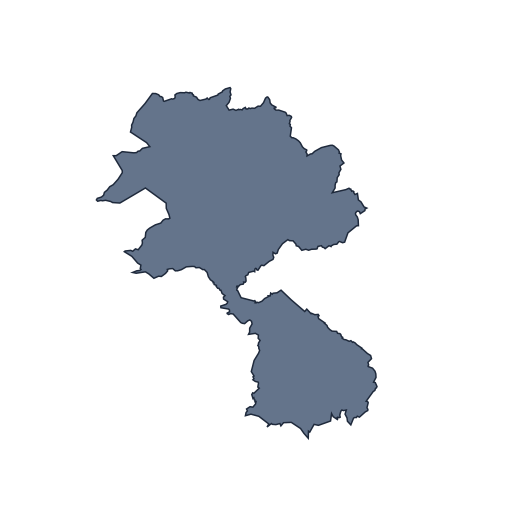 the district of Huejúcar, Jalisco, Mexico, rotated 33°
{"feature_id": "50627088B78900582914746", "entity_name": "Huejúcar", "entity_type": "district", "adm_level": 2, "iso_a3": "MEX", "parent_name": "Mexico", "parent_adm1": "Jalisco", "projection": "albers", "projection_center": [-103.223, 22.31], "detail": "fine", "context": "isolated", "style": "filled", "palette": "slate", "viewbox_px": 512, "rotation_deg": 33, "n_neighbors": 0, "source": "geoboundaries", "source_scale": "gbopen_adm2", "svg_char_len": 6133}
<svg xmlns="http://www.w3.org/2000/svg" viewBox="0 0 512 512"><g transform="rotate(33 256 256)"><path d="M182.5,330.3L185.3,326.0L187.8,324.7L189.6,319.9L190.0,316.6L188.9,315.6L190.4,313.9L193.0,311.9L196.4,312.4L198.4,311.0L200.8,308.2L203.5,303.0L208.4,299.3L210.2,298.3L212.0,298.6L214.8,296.5L218.8,296.4L220.1,295.5L224.0,296.4L227.3,299.3L230.7,300.8L233.9,300.9L234.5,301.7L235.1,301.2L236.4,302.7L238.8,302.2L239.1,303.1L241.4,303.9L242.6,303.3L244.5,304.3L245.2,303.8L248.0,305.9L251.6,306.1L251.1,308.3L252.3,309.8L257.1,309.7L257.6,311.1L257.2,312.8L253.7,317.2L254.7,318.5L262.0,315.4L263.1,315.7L264.2,317.2L262.9,319.6L263.2,320.0L264.9,320.0L266.2,318.1L268.5,317.1L279.4,320.1L281.1,319.9L283.3,318.9L284.4,314.9L285.6,313.0L287.8,313.2L289.7,315.1L290.0,320.0L292.1,323.3L292.4,325.8L297.6,321.2L301.1,321.0L302.6,323.8L305.4,324.6L305.5,327.8L306.2,328.6L306.2,330.0L307.8,330.6L308.6,331.9L310.5,333.2L311.1,336.2L311.3,344.6L315.0,355.5L319.7,357.7L319.3,359.0L321.1,360.0L320.8,361.5L323.7,361.6L326.5,360.6L327.3,361.2L328.9,364.9L330.7,365.1L329.0,372.3L327.8,372.5L327.9,374.5L331.1,377.2L331.4,376.1L333.0,377.6L333.6,377.4L334.5,378.8L335.3,378.1L336.2,380.4L335.7,384.5L333.1,385.6L331.4,389.5L333.2,390.6L332.9,392.6L334.1,395.7L337.9,391.4L345.7,388.9L358.2,389.9L358.4,393.4L360.2,388.1L361.3,388.3L364.5,386.6L367.3,383.5L369.4,384.9L369.9,380.8L376.2,376.3L387.3,376.4L393.0,378.7L399.1,380.4L395.4,374.3L397.0,374.4L396.4,365.6L400.6,364.0L408.4,353.8L405.2,347.0L408.2,348.7L413.3,348.8L413.2,348.1L412.0,347.7L412.1,346.9L414.1,346.0L414.4,345.3L412.9,343.8L411.7,340.0L411.9,338.4L413.6,338.0L415.6,336.0L416.8,340.1L420.5,342.2L422.7,344.8L427.5,346.0L426.1,338.8L426.8,337.6L428.1,336.9L428.2,335.2L430.5,334.8L432.6,327.1L433.9,324.8L433.4,323.7L431.7,322.8L430.0,317.9L428.9,317.3L427.5,317.8L428.1,305.9L428.9,304.0L428.3,301.9L428.8,301.1L428.6,299.6L425.0,297.2L423.3,297.8L422.8,292.5L420.7,289.6L418.5,287.8L414.8,286.6L410.4,287.6L409.9,287.3L409.8,286.0L407.8,284.2L408.8,279.2L406.3,277.0L402.5,277.1L395.7,276.0L395.0,276.3L394.9,275.6L389.0,275.5L386.4,274.9L384.3,275.1L384.0,275.8L381.7,275.3L380.6,276.8L377.0,277.3L375.3,278.1L373.0,278.0L373.0,277.0L371.5,277.0L369.8,275.6L368.6,275.4L366.5,276.4L364.7,275.3L360.7,277.6L357.9,277.5L354.9,276.8L353.4,275.6L350.0,275.1L350.2,274.6L342.6,274.4L340.8,272.8L341.4,271.8L340.0,271.1L337.3,273.2L333.7,273.8L333.6,274.4L327.5,272.9L327.1,276.0L309.4,273.6L295.6,271.0L293.7,275.4L290.6,277.9L290.4,279.2L288.5,279.1L289.6,281.7L287.9,282.7L288.6,283.1L286.4,287.0L285.6,290.7L283.6,293.7L282.1,294.2L281.6,295.3L280.7,295.7L280.8,294.7L279.3,294.1L279.0,294.8L266.2,299.1L259.4,295.0L258.5,295.1L257.9,294.1L257.8,292.1L256.6,292.5L256.4,291.7L258.0,290.5L258.4,288.5L260.6,286.6L260.5,285.3L259.8,284.6L261.3,283.8L261.3,282.4L259.3,279.8L258.3,279.2L258.3,277.9L259.4,276.2L258.8,273.8L262.2,270.1L263.5,269.9L262.2,267.5L262.4,266.6L263.1,266.4L264.5,267.2L265.4,266.8L265.4,261.3L265.8,260.6L267.9,259.8L270.0,253.3L272.1,249.6L271.6,247.4L269.7,246.1L268.3,243.6L271.1,243.6L272.2,242.1L271.2,238.4L271.5,231.3L273.8,224.9L275.7,224.9L278.8,223.1L283.0,224.3L284.2,225.5L286.5,224.8L291.3,226.3L294.1,223.2L297.0,222.5L298.9,220.1L302.6,217.5L303.3,216.7L302.7,214.2L305.3,211.7L306.8,212.4L308.4,211.9L310.0,212.2L311.6,207.6L313.8,207.2L313.6,206.5L314.9,204.0L317.4,202.0L317.6,199.1L318.2,198.3L321.4,197.7L322.8,196.1L320.5,186.5L323.9,175.9L325.4,174.8L321.9,169.9L319.7,168.1L317.3,167.2L316.4,166.4L316.0,165.2L316.5,163.2L317.5,162.7L318.7,162.5L320.4,163.7L322.6,158.6L321.8,157.3L322.8,155.5L319.9,156.0L314.5,153.4L311.3,153.2L307.0,148.3L305.5,150.5L303.4,149.6L303.1,148.8L301.7,148.7L301.0,149.6L299.0,148.3L298.5,149.3L298.7,148.8L297.1,148.5L295.2,151.4L285.5,161.4L285.3,155.9L283.7,153.4L282.9,151.0L283.5,149.8L281.4,146.0L281.5,142.6L280.2,141.0L280.0,137.1L277.4,134.8L279.1,130.1L275.5,128.9L272.4,125.8L271.6,124.0L269.7,124.5L269.3,123.4L267.4,122.1L261.6,121.3L259.8,121.5L258.1,122.7L251.8,129.5L248.2,136.3L247.4,139.7L246.1,140.8L244.3,144.3L243.4,142.7L241.2,141.6L241.2,140.0L240.7,139.4L238.0,139.7L235.5,139.2L231.6,137.0L229.1,136.3L225.7,136.1L222.7,136.6L221.7,137.3L219.5,136.9L215.9,129.1L213.8,128.6L213.1,126.9L211.9,126.9L211.3,124.7L210.6,124.0L210.4,120.4L209.6,119.7L207.3,119.9L205.6,121.3L203.4,119.7L202.2,119.5L195.7,121.2L193.3,122.8L191.5,122.7L190.7,122.2L191.9,120.8L191.7,120.3L187.0,120.7L184.5,119.9L182.4,117.5L179.6,116.3L178.7,116.5L178.0,118.4L178.8,123.3L178.2,128.0L176.1,129.2L174.4,132.9L172.0,134.2L171.0,135.4L169.4,135.8L169.0,137.2L167.6,138.1L166.1,137.2L164.9,139.4L164.8,141.0L162.9,141.7L162.1,142.6L161.5,142.4L159.9,144.8L156.8,145.3L154.0,148.3L149.2,146.1L149.7,141.8L148.7,137.7L147.1,136.4L147.3,134.5L144.9,132.5L143.7,129.4L142.5,128.9L139.3,132.6L138.1,135.6L138.3,136.8L136.1,140.8L136.3,141.9L131.4,148.2L131.6,150.0L131.0,150.5L129.0,150.1L128.5,151.7L124.3,156.1L122.1,156.3L119.6,155.2L116.2,155.8L115.8,155.0L114.4,154.9L113.9,154.2L111.5,154.8L111.3,155.6L108.0,156.8L107.2,158.0L103.5,160.2L101.1,162.8L100.3,165.1L101.7,166.8L101.9,168.2L100.7,169.8L99.6,170.1L94.8,176.3L94.0,176.4L91.4,173.9L89.8,173.9L88.7,174.5L86.5,173.8L83.4,174.4L80.6,176.1L79.9,188.6L78.1,200.8L79.0,203.9L78.7,207.1L80.0,210.9L80.4,214.0L81.7,215.8L83.2,220.4L102.5,220.5L107.4,222.1L102.1,227.6L101.3,231.3L100.0,232.3L99.5,234.3L97.4,236.0L86.9,241.4L84.1,248.0L81.7,249.6L97.3,257.2L98.5,259.0L98.5,266.8L97.4,274.0L95.6,277.5L95.3,281.7L94.2,285.2L95.1,288.0L94.3,290.7L91.5,294.1L91.6,295.9L93.4,296.3L95.6,293.9L97.2,293.3L99.5,291.2L104.5,289.4L106.6,289.3L113.0,285.7L126.2,259.2L151.9,260.6L154.8,264.9L160.4,268.6L163.2,271.2L162.5,272.5L159.9,274.1L158.6,276.5L158.2,280.3L154.6,284.7L151.6,290.6L150.7,293.4L150.7,296.2L153.0,300.7L151.9,304.8L153.7,307.0L154.3,308.9L153.8,314.9L151.0,315.7L150.0,319.2L147.9,319.5L143.5,323.1L143.2,324.1L152.1,323.9L160.6,326.4L164.4,326.3L165.8,329.6L166.9,329.9L166.4,331.4L164.0,333.4L161.5,337.0L164.9,335.7L171.9,329.5L175.8,329.4L182.5,330.3Z" fill="#64748b" stroke="#1e293b" stroke-width="1.5"/></g></svg>